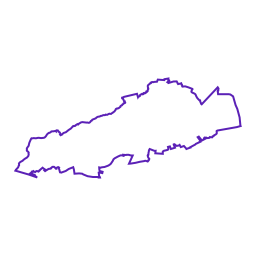 Bobota, Salaj, Romania (Equal Earth projection)
{"feature_id": "2599482B19126209643390", "entity_name": "Bobota", "entity_type": "district", "adm_level": 2, "iso_a3": "ROU", "parent_name": "Romania", "parent_adm1": "Salaj", "projection": "equal_earth", "projection_center": [22.731, 47.382], "detail": "fine", "context": "isolated", "style": "outline", "palette": "violet", "viewbox_px": 256, "rotation_deg": 0, "n_neighbors": 0, "source": "geoboundaries", "source_scale": "gbopen_adm2", "svg_char_len": 5705}
<svg xmlns="http://www.w3.org/2000/svg" viewBox="0 0 256 256"><path d="M102.3,173.1L102.4,172.8L102.6,171.8L100.4,171.2L99.7,171.2L99.3,169.3L99.2,167.4L99.8,167.5L100.0,167.9L101.8,167.3L104.5,167.0L107.2,166.0L108.5,165.5L110.1,164.4L110.8,163.8L112.7,161.0L113.5,159.3L114.7,158.3L115.6,157.8L117.8,156.6L120.2,155.5L120.9,155.3L121.4,155.3L122.7,155.5L123.4,155.9L123.7,155.9L123.9,155.7L123.5,154.8L126.0,155.0L126.6,154.8L128.6,154.8L129.8,155.1L130.4,155.4L132.7,155.5L129.0,163.7L130.6,163.6L135.6,162.8L139.8,161.8L144.1,161.1L145.0,160.8L145.7,160.8L147.7,161.5L148.1,161.1L148.4,160.7L148.3,160.4L148.8,160.2L149.2,159.3L149.3,158.9L148.5,157.9L148.1,157.2L147.8,156.1L147.9,155.8L147.7,155.6L147.7,155.4L147.9,155.0L148.2,155.0L148.4,154.8L148.5,152.8L148.8,151.7L148.9,150.6L149.2,149.8L149.7,149.0L153.0,150.3L154.7,150.9L155.6,150.8L155.3,153.3L162.8,153.8L162.7,152.0L163.1,151.6L163.1,151.3L164.1,150.7L165.6,150.4L167.5,149.9L167.8,149.8L168.3,149.3L168.2,147.6L168.0,146.9L169.9,146.4L170.9,149.0L175.0,147.7L173.7,144.7L173.7,144.4L173.9,144.3L174.3,144.2L174.9,144.5L175.3,144.9L175.5,145.0L176.3,145.8L176.7,145.9L178.8,145.5L179.6,144.9L180.8,147.1L183.9,146.0L186.0,148.3L186.4,149.0L187.7,148.5L190.3,147.6L190.1,147.3L195.3,144.5L195.8,143.9L200.3,141.8L200.0,141.4L200.7,141.0L199.1,139.1L197.7,137.2L198.8,136.6L201.9,140.5L205.4,138.7L205.2,138.3L204.2,138.0L204.4,137.7L204.6,137.6L204.9,138.0L205.6,137.7L205.7,137.9L206.5,137.7L207.0,138.0L207.8,138.1L209.4,137.8L209.6,137.3L209.9,137.0L210.5,137.2L212.3,137.3L212.4,137.2L212.4,136.9L212.6,136.3L213.8,135.9L214.0,135.4L215.8,134.4L216.5,133.8L216.8,133.1L216.6,131.2L216.7,130.9L217.6,130.5L236.8,127.1L240.6,126.0L240.4,125.6L239.6,117.4L237.3,108.9L235.6,105.1L233.1,96.4L230.4,94.5L228.8,94.2L218.1,94.2L217.9,92.5L217.9,91.7L217.6,91.1L217.9,90.5L218.3,90.4L218.4,89.9L218.3,89.2L218.5,88.5L217.7,87.3L201.7,104.3L201.1,103.8L200.7,102.5L200.3,101.8L200.1,100.4L199.5,100.4L197.4,98.2L196.6,96.9L196.0,95.7L195.8,95.1L195.3,94.2L194.3,93.5L192.3,92.6L191.6,92.1L191.4,91.6L191.5,91.1L192.1,89.6L192.5,89.1L192.4,88.9L188.5,87.4L185.4,86.4L183.9,86.4L183.0,86.6L182.4,86.6L182.2,86.4L182.2,85.9L182.0,84.9L181.7,84.8L181.7,84.5L181.5,84.0L181.3,83.7L181.2,83.3L179.8,83.8L179.0,83.8L178.1,84.1L177.6,83.4L177.4,82.7L176.7,81.4L173.5,81.5L168.8,82.9L168.8,82.4L168.6,82.2L167.8,82.5L167.4,82.2L168.0,81.7L168.7,81.5L169.3,80.8L169.2,80.4L168.8,80.0L168.5,79.9L168.3,80.1L168.4,78.5L164.4,79.2L164.3,80.1L157.8,79.6L157.0,81.7L154.2,81.9L153.7,82.1L152.4,82.1L152.2,82.0L151.3,82.3L151.0,82.7L150.5,82.8L150.4,83.0L150.6,83.3L150.0,83.6L149.2,84.2L147.9,85.4L147.8,86.0L147.8,86.9L148.1,87.8L148.0,88.5L148.3,88.7L148.3,88.9L148.1,89.4L148.1,89.7L147.8,89.9L147.5,90.5L147.3,90.9L147.3,91.2L147.0,91.3L147.3,91.5L147.1,91.7L146.7,91.5L146.4,91.8L146.3,92.3L146.1,92.6L145.5,92.8L145.2,93.2L144.9,93.2L144.7,93.0L144.4,93.2L143.8,93.1L143.7,93.4L143.4,93.5L143.6,93.7L143.6,93.9L143.2,94.2L142.6,94.3L142.3,94.3L142.2,93.9L141.9,93.9L141.5,94.2L141.2,94.3L140.2,94.9L140.0,95.2L139.8,96.0L139.6,96.0L139.3,96.4L138.4,96.5L138.0,97.2L137.0,93.8L123.9,96.9L123.4,97.3L122.1,97.6L122.0,98.0L122.2,98.4L123.0,98.9L123.3,99.2L124.1,101.4L124.8,101.4L124.9,102.1L125.2,102.7L124.9,103.0L124.3,103.0L123.9,103.4L123.5,103.5L123.4,103.9L122.4,104.5L122.3,104.9L121.8,105.4L121.3,105.5L121.0,105.7L120.4,106.3L120.4,106.8L118.6,108.2L118.1,108.2L117.8,108.5L117.4,108.6L116.8,108.5L116.1,108.9L115.8,109.1L115.6,109.9L114.9,110.7L114.6,111.3L114.1,111.7L112.9,112.5L112.7,112.8L111.7,113.3L111.1,113.9L110.0,113.9L109.4,113.7L108.8,113.9L107.2,114.8L106.6,114.8L105.7,114.6L105.3,115.0L104.9,115.1L103.3,115.1L101.6,115.9L100.8,115.9L100.3,116.1L99.8,116.5L98.3,116.7L97.5,116.9L96.3,117.7L95.8,118.3L92.3,119.7L91.8,120.6L91.0,120.9L90.3,121.9L89.8,122.4L89.0,122.8L88.6,122.8L87.2,122.5L86.6,122.6L82.4,122.1L81.0,122.4L78.6,123.9L78.2,124.5L77.9,124.5L77.4,124.1L75.4,125.4L75.3,125.8L73.6,126.2L73.3,126.0L73.1,126.1L70.8,128.6L70.0,129.1L68.6,130.0L65.9,132.2L63.5,133.0L62.5,133.9L62.3,134.4L60.6,135.2L60.1,134.6L60.6,134.2L59.8,132.5L59.6,132.3L59.2,132.3L58.8,131.6L58.3,131.5L57.9,130.5L56.8,130.3L56.1,130.6L55.9,130.9L55.9,131.3L55.5,131.0L54.5,131.1L53.5,131.3L51.5,131.4L51.3,131.5L51.1,131.8L50.3,132.4L49.3,132.9L48.8,132.9L47.5,133.9L46.7,134.9L46.0,136.1L44.9,137.3L43.9,137.8L41.1,138.1L38.7,137.8L37.7,137.9L35.9,138.3L33.6,138.1L32.2,138.4L31.5,138.3L31.0,139.0L29.4,142.6L28.9,144.5L28.7,145.7L27.3,147.6L27.2,147.9L26.9,148.2L26.8,148.8L26.9,149.3L26.8,150.5L27.0,150.9L28.2,151.8L28.7,152.7L28.5,153.3L28.7,154.5L28.3,156.0L26.9,157.6L25.3,158.5L23.4,159.9L22.7,160.7L20.3,162.0L19.4,162.9L19.0,163.4L18.9,163.8L19.1,164.8L19.1,165.3L18.5,166.1L18.4,166.7L18.1,167.4L15.9,169.8L15.4,170.7L16.6,171.0L28.6,174.5L36.4,177.2L36.5,177.0L35.1,175.9L34.9,175.1L34.2,174.7L33.9,174.7L33.3,174.5L31.9,173.5L30.6,173.1L31.0,172.8L32.2,171.4L33.0,171.8L33.5,171.2L33.8,171.5L35.2,172.1L36.2,171.2L36.9,171.0L38.5,171.6L39.5,170.6L39.4,170.4L42.6,167.7L43.4,168.4L45.5,169.8L44.4,170.4L45.1,171.1L46.6,170.1L46.9,170.0L47.3,169.6L49.0,168.8L49.6,168.8L50.8,168.6L51.0,168.4L50.8,168.2L52.4,166.9L53.0,166.8L53.3,166.9L53.9,166.8L54.3,167.0L55.0,167.6L55.4,168.2L56.1,168.8L56.4,168.7L56.2,168.1L56.3,168.0L57.5,167.3L58.2,167.1L58.6,167.2L58.7,167.3L58.4,167.4L58.4,167.5L58.7,167.8L59.3,169.6L59.9,172.0L60.0,172.3L60.8,172.4L61.2,172.6L65.7,171.0L68.7,169.0L73.2,167.2L73.9,169.5L74.5,173.7L79.1,173.4L82.2,173.7L83.2,174.4L87.6,176.2L92.9,177.0L97.6,177.0L98.3,177.5L100.0,177.5L99.9,177.1L99.1,176.2L99.1,175.6L98.7,172.6L99.0,172.5L101.4,172.9L102.3,173.1Z" fill="none" stroke="#5b21b6" stroke-width="2"/></svg>